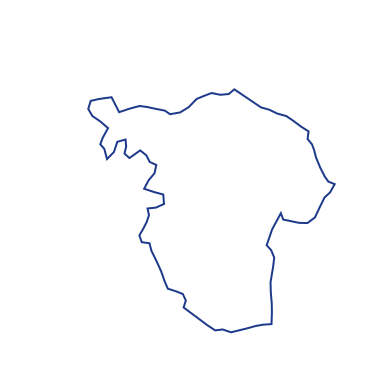 Santiago do Sul, Santa Catarina, Brazil, rotated 208°
{"feature_id": "56859067B60132892344314", "entity_name": "Santiago do Sul", "entity_type": "district", "adm_level": 2, "iso_a3": "BRA", "parent_name": "Brazil", "parent_adm1": "Santa Catarina", "projection": "natural_earth1", "projection_center": [-52.689, -26.628], "detail": "fine", "context": "isolated", "style": "outline", "palette": "blue", "viewbox_px": 384, "rotation_deg": 208, "n_neighbors": 0, "source": "geoboundaries", "source_scale": "gbopen_adm2", "svg_char_len": 1375}
<svg xmlns="http://www.w3.org/2000/svg" viewBox="0 0 384 384"><g transform="rotate(208 192 192)"><path d="M145.2,86.1L116.0,81.6L106.5,80.7L100.5,85.0L91.6,86.5L84.8,92.6L79.6,97.2L73.0,103.5L67.1,108.1L59.8,112.7L64.8,123.0L69.3,131.1L75.3,140.4L80.3,149.2L83.0,157.3L85.4,164.4L88.6,172.7L94.8,177.8L101.1,180.1L103.7,196.7L103.6,215.0L98.5,210.5L91.0,212.7L83.0,215.0L75.5,218.8L71.5,227.3L72.1,239.4L72.4,249.3L69.9,256.4L69.7,265.9L76.5,265.2L81.9,267.9L90.1,273.6L98.7,280.7L103.7,286.2L108.4,290.4L114.8,293.0L117.5,300.2L126.9,301.0L136.5,302.5L144.4,303.3L153.5,301.3L162.6,300.9L170.8,299.1L202.8,302.5L205.6,295.7L212.7,291.1L221.3,288.5L226.6,282.4L231.6,276.3L234.8,265.2L239.9,256.6L247.9,250.4L254.1,251.1L263.0,248.4L271.8,245.9L278.7,243.3L286.2,236.3L293.8,228.3L307.5,237.9L312.8,234.1L318.1,230.2L324.2,224.9L322.6,216.6L315.6,212.3L306.4,211.3L296.1,209.0L296.3,198.2L295.4,191.1L289.7,188.9L282.5,181.2L279.7,190.7L281.5,201.3L275.3,207.1L271.5,201.3L269.6,194.2L263.2,192.6L257.3,204.4L249.7,203.0L243.4,198.7L236.2,199.1L233.9,191.1L235.8,181.9L235.8,172.4L225.7,174.1L216.2,176.3L211.1,168.3L216.5,161.3L223.5,156.6L219.1,151.3L217.9,144.0L217.8,136.4L218.1,129.0L212.8,124.1L205.5,126.8L200.2,121.0L191.0,114.4L181.9,107.4L174.6,100.6L168.0,95.3L158.8,96.9L152.2,97.6L146.5,93.3L145.2,86.1Z" fill="none" stroke="#1e3a8a" stroke-width="2"/></g></svg>